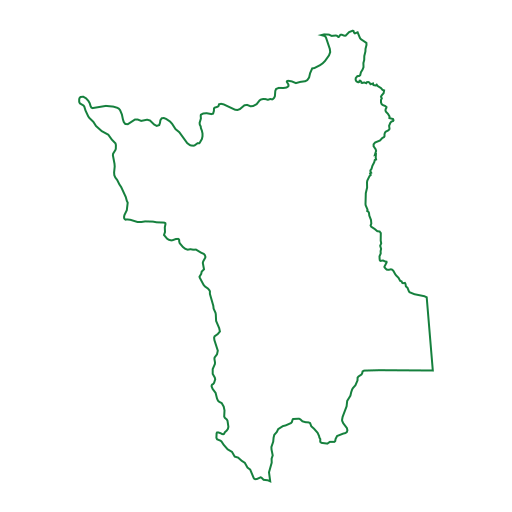 the State of Roraima
{"feature_id": "BRA-670", "entity_name": "Roraima", "entity_type": "State", "adm_level": 1, "iso_a3": "BRA", "parent_name": "Brazil", "parent_adm1": "", "projection": "robinson", "projection_center": [-61.438, 1.924], "detail": "fine", "context": "isolated", "style": "outline", "palette": "green", "viewbox_px": 512, "rotation_deg": 0, "n_neighbors": 0, "source": "natural_earth", "source_scale": "10m", "svg_char_len": 5989}
<svg xmlns="http://www.w3.org/2000/svg" viewBox="0 0 512 512"><path d="M352.7,30.7L353.5,31.0L354.0,32.6L354.9,33.4L357.6,32.3L360.0,38.1L360.9,39.2L366.4,42.9L366.5,44.9L365.5,48.9L365.4,51.5L364.3,56.0L364.2,60.0L363.4,63.0L363.5,67.2L362.6,69.5L360.9,72.3L360.2,75.2L359.1,76.0L357.4,76.1L355.8,78.0L355.6,79.3L355.9,80.6L356.6,81.5L358.2,82.3L359.1,82.0L359.6,80.7L360.2,80.7L361.2,81.6L361.5,82.8L362.1,83.0L364.2,82.5L366.3,83.2L366.9,82.2L368.2,82.0L369.3,82.5L370.5,84.2L373.0,83.5L373.1,84.6L373.6,85.1L375.8,85.5L376.7,84.7L377.5,85.9L381.0,88.1L382.5,89.9L384.1,90.4L383.6,93.2L381.6,95.5L381.0,96.8L381.8,98.3L381.0,99.9L381.0,102.5L381.7,104.2L382.7,105.0L385.2,106.0L386.5,107.1L386.3,108.0L385.6,109.2L385.5,110.7L386.0,111.8L388.0,113.9L389.5,116.4L389.4,118.1L393.0,119.0L393.5,120.2L393.1,121.0L391.4,121.6L390.3,122.9L389.1,125.8L389.5,128.5L389.3,129.4L388.1,130.5L385.7,131.7L385.0,132.6L384.5,134.2L384.5,136.2L384.1,137.0L382.2,138.1L380.0,140.5L375.1,142.5L373.6,144.3L373.6,146.3L375.6,149.2L376.1,150.9L374.9,154.8L375.9,154.4L375.7,157.7L376.1,159.5L374.8,160.0L374.2,162.3L372.4,165.8L371.5,168.9L370.4,170.4L370.4,171.3L371.2,172.8L370.1,173.4L370.7,175.0L369.5,176.1L367.3,180.6L367.0,182.3L367.1,187.6L365.8,193.1L365.5,204.1L365.7,205.4L367.5,209.6L367.2,211.0L368.3,211.6L369.0,213.0L369.3,215.6L371.0,220.0L371.3,223.6L370.6,225.4L371.2,226.7L374.7,229.0L377.3,231.2L379.6,231.5L380.8,233.1L380.7,240.6L381.2,243.3L380.2,245.8L381.1,248.9L380.6,251.1L380.7,253.5L379.5,256.3L379.6,258.8L379.8,260.2L380.4,260.9L383.0,260.5L385.2,261.5L386.5,261.7L386.6,262.5L384.4,266.7L384.5,267.3L385.8,268.8L386.9,269.7L388.8,269.8L390.9,269.3L392.2,269.7L393.4,270.9L395.1,274.0L396.1,275.4L398.5,277.8L400.2,280.9L401.5,281.3L402.4,283.0L403.1,283.2L404.9,282.9L405.5,284.0L405.9,286.4L407.5,287.8L408.8,291.1L409.5,292.2L414.4,294.2L424.3,296.2L426.7,297.3L432.8,370.5L379.2,370.2L364.1,370.6L362.6,371.4L362.2,373.2L361.5,374.5L358.5,376.5L357.6,377.6L357.5,380.4L355.4,385.3L353.0,388.0L352.2,389.3L351.2,392.2L350.4,395.7L347.2,400.9L346.6,406.3L342.6,416.9L342.1,419.6L342.1,420.7L343.2,423.2L346.9,428.1L347.4,430.3L346.8,432.1L345.3,433.1L343.2,433.6L337.1,436.0L335.6,438.9L335.2,441.1L334.3,441.9L329.8,441.9L327.4,443.6L321.7,442.9L320.5,442.2L320.2,441.3L320.3,439.1L319.4,437.6L319.1,436.1L317.6,432.8L314.0,428.7L311.3,426.3L310.1,423.1L308.6,422.4L305.5,422.2L302.4,421.3L300.4,419.4L299.0,418.7L293.1,419.0L292.7,419.4L291.8,422.2L290.9,423.1L285.7,425.4L282.9,426.1L278.2,429.1L276.8,432.0L274.3,434.8L273.6,437.6L273.2,441.7L271.4,447.0L271.5,449.4L272.7,455.4L271.6,458.7L271.7,462.7L269.0,472.3L270.2,481.3L267.9,480.3L263.6,479.8L261.7,477.9L260.7,477.3L256.9,479.0L255.2,479.2L254.2,478.7L253.7,478.0L250.2,469.6L247.5,467.6L244.8,462.8L241.7,460.8L238.1,457.6L234.7,456.6L232.0,451.9L227.6,449.3L223.6,444.7L221.5,441.5L220.5,440.7L217.1,439.3L216.4,437.8L216.6,433.3L217.0,432.5L218.1,432.4L220.6,433.2L222.2,434.1L223.4,434.2L224.0,433.9L224.9,432.2L226.7,430.6L227.9,428.9L228.4,426.8L227.5,420.8L226.8,419.5L224.8,417.8L224.2,416.5L224.5,410.4L223.7,406.6L221.7,403.1L219.2,401.8L218.0,400.7L217.0,398.5L215.6,392.9L212.6,388.9L211.6,386.4L211.7,385.3L212.1,384.6L213.2,384.0L214.1,382.8L215.2,379.3L214.8,377.6L212.7,373.9L212.7,369.1L214.9,364.0L215.0,362.4L214.4,358.9L214.6,357.5L217.0,354.3L217.8,350.7L214.4,340.1L214.1,337.7L214.6,336.3L217.7,334.1L219.9,331.5L219.2,328.2L216.1,320.9L215.8,314.4L215.5,312.8L213.6,308.6L213.3,305.8L209.9,293.9L209.9,291.3L209.4,290.3L208.0,288.6L205.0,286.5L203.6,284.9L199.7,277.6L199.5,276.7L201.2,273.9L201.7,271.6L204.0,269.3L202.8,262.9L203.2,261.4L205.3,257.6L205.4,256.8L204.9,255.2L203.8,253.9L201.1,252.7L196.0,249.6L193.2,249.7L190.4,249.2L187.7,249.7L185.2,248.8L182.8,246.9L179.7,243.2L179.2,241.5L179.2,240.1L178.9,239.4L178.2,238.9L175.9,239.0L172.6,240.2L171.3,240.4L168.9,239.8L167.1,238.7L164.0,235.0L165.0,232.0L164.8,227.4L165.5,224.0L165.3,223.1L164.1,222.6L156.6,222.3L152.9,221.6L145.1,221.4L141.4,222.0L137.5,222.0L130.4,219.8L126.9,219.4L125.6,219.7L124.7,219.1L124.1,218.0L124.1,216.5L124.5,214.9L126.8,210.2L127.7,202.7L126.8,200.8L125.8,197.1L121.2,187.1L119.4,184.4L117.2,180.0L115.3,177.5L114.3,175.2L114.1,172.4L114.7,166.6L114.5,163.8L112.9,155.3L113.1,153.7L115.4,150.0L115.8,148.8L115.9,145.1L115.5,143.4L111.8,139.6L108.3,134.7L101.7,131.1L96.0,126.0L93.4,121.9L89.3,117.9L88.2,116.3L85.5,110.5L84.3,106.6L83.5,105.5L79.9,103.4L79.2,101.9L79.2,99.1L79.7,97.8L80.5,97.0L83.2,96.7L86.0,98.3L88.3,100.8L89.7,103.2L90.6,106.2L91.4,107.6L92.5,108.1L105.9,105.9L113.3,106.6L117.3,107.8L118.9,108.7L120.1,110.2L121.9,114.5L122.9,119.3L123.8,122.1L125.3,124.0L127.8,124.2L135.0,119.5L137.6,119.5L141.2,120.9L147.1,119.7L150.0,120.5L154.1,124.5L156.7,125.9L159.2,125.1L160.0,122.8L160.4,120.2L161.7,118.3L163.8,118.0L166.1,118.9L170.0,121.5L172.1,123.8L175.5,129.1L179.3,132.2L187.2,143.1L189.9,145.1L191.1,145.5L193.6,145.7L194.6,145.4L197.6,143.2L199.1,143.3L199.7,142.8L201.9,139.0L202.5,136.3L202.5,133.5L201.9,130.7L200.9,128.1L200.7,126.4L199.8,124.7L199.6,122.9L200.9,118.5L200.7,115.8L200.9,114.7L203.2,113.5L206.6,113.2L211.5,114.1L213.1,113.6L213.9,110.9L214.0,108.4L214.6,107.7L217.7,106.7L218.6,105.9L219.0,104.3L221.1,103.8L223.7,104.4L235.0,109.7L237.4,110.0L239.9,109.1L244.4,105.3L247.1,104.9L250.6,106.3L253.2,106.0L256.6,104.2L259.6,100.4L261.0,99.5L263.2,99.0L265.5,99.1L267.9,99.8L270.3,99.0L272.2,99.4L273.1,98.9L274.2,97.7L274.9,96.1L275.3,90.9L276.1,89.0L278.7,87.9L283.3,88.0L286.2,87.6L287.6,86.9L288.5,85.9L288.4,84.5L286.8,81.8L287.2,81.0L288.3,80.8L291.8,81.4L295.9,83.1L300.3,81.9L305.3,81.2L307.3,80.1L309.1,77.5L310.1,73.2L312.2,68.4L314.3,68.1L320.0,65.2L322.7,63.3L325.0,61.0L329.0,55.4L330.2,52.1L329.8,48.9L325.9,37.3L324.7,36.0L321.4,35.1L324.1,34.4L328.9,34.6L331.6,35.9L335.8,35.5L337.0,35.8L338.3,37.0L338.7,37.0L340.4,34.8L341.7,34.7L344.3,35.7L345.6,35.7L349.1,32.1L352.7,30.7Z" fill="none" stroke="#15803d" stroke-width="2"/></svg>